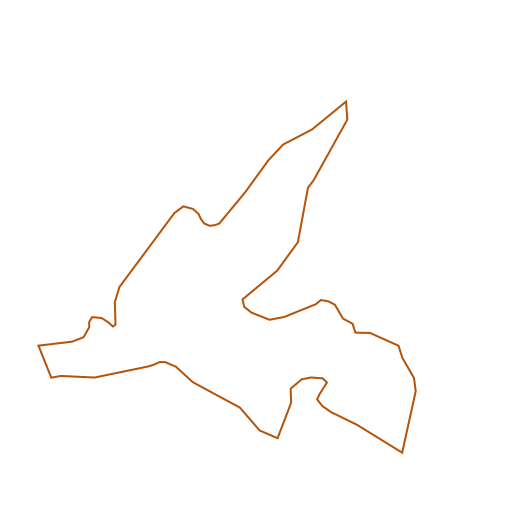 outline of Kranj, rotated 104°
{"feature_id": "SVN-1013", "entity_name": "Kranj", "entity_type": "Municipality", "adm_level": 1, "iso_a3": "SVN", "parent_name": "Slovenia", "parent_adm1": "", "projection": "mercator", "projection_center": [14.335, 46.256], "detail": "fine", "context": "isolated", "style": "outline", "palette": "amber", "viewbox_px": 512, "rotation_deg": 104, "n_neighbors": 0, "source": "natural_earth", "source_scale": "10m", "svg_char_len": 1036}
<svg xmlns="http://www.w3.org/2000/svg" viewBox="0 0 512 512"><g transform="rotate(104 256 256)"><path d="M413.0,383.3L419.6,416.4L423.6,425.2L395.6,445.4L383.6,413.7L376.4,403.6L365.4,400.6L360.3,401.9L355.0,400.2L353.5,390.8L356.0,383.5L359.0,377.8L356.7,375.7L335.0,381.8L319.1,381.0L234.1,345.6L225.4,338.5L225.6,328.5L229.0,322.1L233.6,318.2L237.0,314.1L237.9,308.2L236.0,303.4L233.4,299.5L196.7,281.9L160.2,267.2L141.3,256.7L119.6,232.2L84.4,206.0L101.6,200.4L168.5,218.4L177.2,222.1L232.4,218.7L264.9,231.8L301.4,258.6L308.2,255.1L312.0,246.8L314.6,227.5L308.4,214.0L288.3,186.3L283.0,182.3L282.5,174.8L284.2,167.7L295.7,156.4L298.4,145.9L306.3,141.0L303.1,126.7L308.6,96.0L319.3,89.4L336.3,73.1L348.6,68.3L411.5,66.6L395.4,117.0L389.4,145.1L385.7,155.0L380.4,162.0L374.9,161.0L361.6,156.6L358.6,161.6L360.5,173.0L364.7,181.9L376.4,190.3L389.8,186.4L427.6,191.0L424.4,210.3L407.0,235.0L393.7,286.9L382.8,306.9L380.9,318.5L382.3,324.0L386.0,328.6L388.9,333.2L413.0,383.3Z" fill="none" stroke="#b45309" stroke-width="2"/></g></svg>